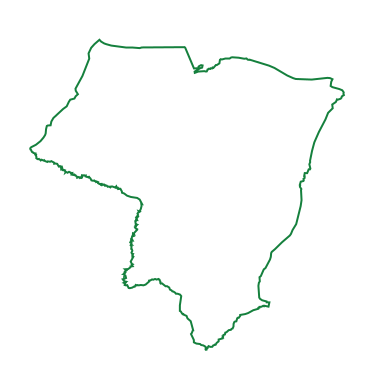 the district of Phanom Sarakham, Chachoengsao, Thailand, rotated 86°
{"feature_id": "78962969B65089616698234", "entity_name": "Phanom Sarakham", "entity_type": "district", "adm_level": 2, "iso_a3": "THA", "parent_name": "Thailand", "parent_adm1": "Chachoengsao", "projection": "robinson", "projection_center": [101.467, 13.734], "detail": "fine", "context": "isolated", "style": "outline", "palette": "green", "viewbox_px": 384, "rotation_deg": 86, "n_neighbors": 0, "source": "geoboundaries", "source_scale": "gbopen_adm2", "svg_char_len": 6022}
<svg xmlns="http://www.w3.org/2000/svg" viewBox="0 0 384 384"><g transform="rotate(86 192 192)"><path d="M89.3,44.0L88.0,46.4L87.6,48.9L88.2,64.7L86.5,80.6L85.5,83.1L82.4,88.9L74.0,101.1L71.3,106.4L64.0,125.3L64.2,125.7L63.8,127.3L62.6,128.3L62.7,130.6L61.3,136.1L60.4,142.5L60.6,143.7L61.5,145.2L61.2,149.5L61.9,153.0L61.5,154.0L62.1,154.9L65.6,155.7L67.1,158.4L67.0,159.3L69.7,162.0L69.3,162.8L70.1,163.2L69.9,164.8L70.5,165.1L70.2,166.6L70.8,167.1L70.8,167.9L72.7,168.8L72.8,169.7L72.3,171.3L72.3,177.3L73.3,180.9L72.1,181.0L69.1,175.3L68.6,173.2L66.5,172.6L66.1,174.1L67.0,176.2L67.4,176.7L68.9,176.5L68.9,181.4L47.6,188.7L47.0,189.3L44.3,231.9L44.8,234.2L43.7,241.5L43.3,247.6L40.3,262.3L38.6,267.1L37.7,269.2L35.6,272.2L33.7,273.7L37.7,279.0L41.1,282.5L46.5,285.5L51.8,285.2L68.6,293.2L80.8,301.0L82.9,300.9L86.5,299.0L88.4,301.4L90.6,302.8L91.4,307.0L93.5,308.6L97.8,311.0L100.2,314.8L108.5,325.1L111.9,327.4L115.6,328.4L115.6,331.2L116.0,332.2L119.1,333.2L123.4,333.9L125.0,334.6L127.4,336.4L130.7,339.6L134.0,344.4L136.1,349.3L137.1,350.3L138.3,350.2L138.8,349.6L140.8,348.9L141.2,348.0L142.0,347.5L142.6,345.6L143.1,346.0L143.8,345.8L144.0,344.9L145.0,345.1L146.3,344.7L147.3,345.0L148.2,344.1L148.5,343.5L148.3,342.4L149.0,341.9L149.3,340.9L149.9,340.6L149.3,339.8L150.4,337.6L150.0,337.2L150.9,336.4L151.9,334.3L151.4,333.8L151.9,331.3L151.4,330.2L153.1,327.5L154.2,327.5L154.0,326.4L154.5,324.5L157.3,323.1L156.9,321.9L157.4,321.3L157.5,320.1L158.0,320.0L158.4,320.7L158.8,320.1L159.6,320.2L159.6,320.9L160.3,320.9L159.9,319.8L160.9,319.8L161.2,319.5L161.3,318.8L160.9,318.6L161.4,317.5L161.7,317.8L162.9,316.6L163.7,316.9L163.2,316.2L164.1,314.8L163.3,313.3L164.3,311.5L164.8,311.5L164.7,310.2L166.2,310.8L166.2,309.5L166.6,309.6L166.8,308.7L166.5,308.0L167.2,307.6L167.2,307.0L168.7,306.0L168.9,305.1L169.7,305.3L169.3,303.7L169.6,302.7L169.9,302.7L169.7,302.3L170.2,302.4L170.3,301.2L169.9,300.7L168.5,300.3L168.8,300.9L167.6,300.6L167.8,299.7L168.1,300.2L168.3,300.0L167.9,299.3L167.9,297.8L168.8,297.3L168.5,296.8L169.0,296.8L169.7,295.7L169.7,293.8L170.4,293.9L170.5,293.1L171.5,292.3L173.4,291.5L173.9,289.8L173.7,288.7L174.4,288.2L174.5,287.2L175.4,287.0L175.2,285.6L175.7,284.8L176.6,285.1L177.6,283.7L177.6,282.0L178.6,282.3L179.0,281.5L178.2,280.3L178.8,279.4L178.5,279.0L178.9,278.4L179.7,278.3L179.7,278.0L179.3,277.9L179.7,276.6L180.9,275.7L180.7,274.6L181.3,273.7L181.1,273.3L181.6,273.0L180.9,272.1L180.9,271.2L182.0,268.7L181.7,268.2L183.1,267.4L181.5,267.5L181.2,267.2L182.4,267.0L182.8,266.6L182.2,266.4L182.4,265.8L182.8,265.7L183.1,265.1L183.9,265.2L183.8,263.2L186.6,261.9L187.8,261.9L188.8,259.7L191.1,257.1L192.7,253.3L194.1,247.1L195.9,244.7L200.5,242.7L200.3,243.4L202.4,243.3L205.2,244.2L206.9,245.2L207.7,245.0L207.9,245.5L207.4,246.6L208.4,246.2L208.9,247.2L209.7,247.9L211.2,247.4L212.6,248.7L212.9,247.7L213.9,248.5L214.1,249.5L216.2,248.7L216.1,249.8L216.9,249.9L217.1,250.6L219.6,250.4L220.1,249.8L220.8,250.3L221.0,249.2L222.2,250.7L222.6,250.5L223.1,251.4L224.3,250.8L225.4,249.2L225.8,249.3L229.1,252.9L230.1,252.7L229.3,253.8L230.9,254.0L231.9,253.5L232.0,254.8L234.4,255.6L234.7,256.1L235.2,256.0L235.0,255.1L236.2,254.6L236.0,255.4L236.4,256.1L236.7,256.1L236.8,255.5L237.5,255.9L237.2,256.7L238.0,257.1L239.2,255.2L239.1,255.9L239.9,256.4L240.5,255.8L240.5,256.5L240.9,256.9L242.1,256.1L244.5,256.6L244.8,256.0L246.5,255.6L248.3,256.6L249.7,256.0L249.8,255.2L251.1,255.9L251.6,255.5L252.3,255.9L252.6,255.1L257.1,258.0L259.4,257.1L260.0,256.2L260.6,257.2L261.9,256.4L262.0,258.5L262.5,258.5L263.2,259.2L264.4,261.1L264.4,264.2L265.7,262.9L266.6,264.6L267.1,264.8L267.0,264.2L267.6,264.0L269.0,265.9L269.1,264.9L271.0,265.4L271.0,264.2L273.2,263.8L273.5,264.6L273.2,265.7L273.9,265.7L274.2,267.0L274.7,266.5L275.3,266.6L276.4,265.4L276.8,264.2L277.7,266.1L278.1,264.9L278.7,265.7L279.4,265.3L280.1,265.6L280.5,264.5L280.4,263.1L283.3,261.9L283.6,260.7L283.2,258.2L282.3,256.5L282.5,255.8L280.8,254.6L281.4,253.6L281.0,253.1L281.4,251.7L281.2,249.5L281.7,246.9L281.1,244.7L278.2,240.9L277.4,241.0L277.2,239.5L276.4,237.9L276.8,236.9L276.2,234.9L276.9,233.4L276.4,231.5L277.2,230.5L277.8,230.6L279.0,229.8L280.5,230.0L281.2,229.6L281.0,228.4L284.2,224.9L284.2,223.5L285.7,221.4L287.8,220.8L288.7,219.3L289.8,218.5L290.0,217.5L291.4,215.7L292.3,215.2L292.5,213.4L293.5,211.1L295.1,210.0L304.2,212.0L309.8,212.4L310.4,211.5L312.7,210.3L313.0,209.3L313.5,209.4L315.2,206.1L317.8,205.3L320.8,202.3L330.0,200.5L330.0,200.8L332.6,202.0L333.6,202.9L339.7,200.5L342.1,200.6L343.5,198.2L344.2,194.6L345.3,193.5L345.8,191.5L346.9,189.8L348.5,188.9L349.7,189.5L350.3,189.3L350.3,188.5L349.1,188.1L348.9,187.5L348.0,187.6L347.5,186.2L347.0,186.1L347.8,184.4L347.8,182.5L346.5,181.5L346.2,180.1L345.8,179.8L346.0,179.1L344.2,177.9L342.9,175.9L341.0,175.7L340.2,171.8L339.7,171.8L339.6,171.2L338.0,171.5L337.9,170.9L336.8,170.6L336.4,169.1L334.6,168.6L334.3,167.4L332.4,165.0L332.2,162.8L331.3,162.1L331.0,161.0L329.1,160.0L326.4,159.7L324.7,158.9L324.2,158.1L324.1,156.8L321.1,155.7L320.6,154.9L320.8,154.2L319.0,152.6L318.0,152.5L317.5,147.5L316.7,144.5L314.2,139.1L313.1,134.0L312.2,133.9L312.1,132.8L311.3,132.7L311.3,130.7L310.5,129.0L311.0,128.2L310.5,127.8L311.7,123.7L307.5,122.5L307.3,125.2L306.4,125.2L304.9,129.6L303.3,131.6L302.0,132.3L290.2,132.3L287.2,131.6L285.9,130.6L281.7,130.6L280.7,129.2L274.2,125.8L273.0,124.0L264.8,118.9L262.2,117.9L258.5,117.3L257.3,116.6L254.8,113.2L248.4,105.7L242.2,97.4L240.7,96.2L236.9,94.3L231.3,90.3L213.7,84.6L207.8,83.3L197.6,83.1L196.7,82.7L194.3,84.0L192.8,83.6L192.5,84.0L189.3,82.8L188.8,80.1L188.1,79.7L186.7,79.9L185.9,78.7L184.1,78.5L183.9,79.0L181.0,78.2L181.2,75.8L177.5,74.0L177.6,72.7L176.9,72.3L172.5,73.0L170.4,72.0L169.2,72.1L159.4,69.4L151.0,66.5L141.1,61.3L128.9,53.8L122.5,50.7L118.3,45.8L114.5,46.0L112.2,42.2L109.7,40.9L110.1,40.2L109.3,37.2L108.4,36.3L107.1,35.9L105.9,33.7L104.7,34.1L103.2,33.7L101.0,35.0L99.6,37.8L97.2,44.6L95.9,46.3L91.7,45.4L89.3,44.0Z" fill="none" stroke="#15803d" stroke-width="2"/></g></svg>